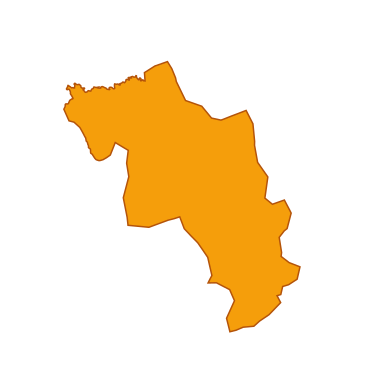 the district of Tariat, Arhangay, Mongolia, rotated 246°
{"feature_id": "93677404B47373317082591", "entity_name": "Tariat", "entity_type": "district", "adm_level": 2, "iso_a3": "MNG", "parent_name": "Mongolia", "parent_adm1": "Arhangay", "projection": "albers", "projection_center": [100.344, 48.242], "detail": "fine", "context": "isolated", "style": "filled", "palette": "amber", "viewbox_px": 384, "rotation_deg": 246, "n_neighbors": 0, "source": "geoboundaries", "source_scale": "gbopen_adm2", "svg_char_len": 5923}
<svg xmlns="http://www.w3.org/2000/svg" viewBox="0 0 384 384"><g transform="rotate(246 192 192)"><path d="M69.6,252.6L79.7,260.2L88.0,252.0L96.9,247.2L100.2,249.2L115.1,253.2L119.0,260.5L119.9,264.0L132.4,274.0L134.8,273.9L147.1,273.1L148.1,260.5L151.6,258.7L156.8,256.1L166.4,262.1L174.9,267.4L192.4,264.0L209.2,268.1L212.8,269.8L229.5,275.4L244.5,274.6L245.1,263.0L245.3,259.6L245.7,250.0L245.9,247.7L251.6,239.9L266.4,235.8L278.2,223.3L299.3,222.6L303.0,223.4L312.9,223.7L321.1,222.6L322.2,209.4L320.4,197.1L312.6,194.3L312.8,194.0L313.0,193.5L313.2,193.2L313.4,192.9L313.5,192.9L313.9,192.9L314.2,192.9L314.4,192.8L314.5,192.7L314.5,192.4L314.4,192.1L314.4,191.9L314.3,191.5L314.3,191.3L314.3,191.0L314.3,190.7L314.5,190.4L314.8,190.5L314.8,190.9L314.9,191.0L315.0,191.1L315.4,191.0L315.5,191.0L315.7,191.3L315.8,191.4L316.0,191.4L316.5,191.3L316.8,191.2L317.1,191.1L317.3,190.9L317.4,190.7L317.3,190.3L317.1,190.2L316.9,190.0L316.5,189.7L316.3,189.5L316.2,189.4L316.1,189.2L316.3,188.8L316.6,188.6L316.8,188.6L317.2,188.5L317.5,188.5L317.9,188.3L318.2,188.2L318.6,188.1L319.1,188.0L319.6,188.0L320.0,188.2L320.2,188.3L320.6,188.5L320.8,188.5L321.0,188.3L321.1,188.1L320.9,187.8L320.7,187.6L320.3,187.3L320.1,187.1L320.3,186.7L320.3,186.3L320.5,185.9L320.7,185.5L321.0,185.2L321.3,185.1L321.5,185.0L321.7,184.8L321.8,184.5L321.8,184.0L321.9,183.8L321.9,183.6L322.0,183.3L322.0,183.1L321.8,183.0L321.7,183.0L321.3,182.9L320.9,182.9L321.0,182.5L321.1,182.3L321.4,182.1L321.6,181.9L321.8,181.8L322.0,181.5L322.3,181.2L322.4,180.5L322.4,180.3L322.1,180.2L321.9,180.2L321.6,180.3L321.2,180.4L320.9,180.6L320.6,180.5L320.1,180.4L319.8,180.1L320.1,179.7L320.3,179.5L320.8,179.2L321.0,179.0L321.3,178.6L321.4,178.1L321.5,177.8L321.4,177.5L321.3,177.3L321.0,177.1L320.5,176.9L320.3,176.7L320.2,176.6L320.0,176.1L319.7,175.8L319.5,175.4L319.4,175.2L319.3,174.8L319.5,174.6L319.7,174.4L319.9,174.2L320.2,174.1L320.4,173.9L320.5,173.6L320.6,173.4L320.5,173.1L320.3,172.8L320.2,172.3L320.1,171.8L320.1,171.5L320.2,171.1L320.3,170.7L320.3,170.3L320.3,170.1L320.2,170.0L320.0,169.9L319.7,170.0L319.4,170.1L319.1,170.0L319.1,169.8L319.2,169.4L319.3,169.2L319.5,169.0L319.7,168.9L320.2,168.6L320.6,168.5L320.8,168.2L320.9,167.9L321.0,167.6L321.1,167.0L321.2,166.7L321.5,166.3L321.8,165.9L322.0,165.6L322.2,165.3L321.9,165.0L321.5,164.8L321.3,164.7L320.9,164.5L320.6,164.4L320.1,164.2L319.9,164.1L319.7,164.0L319.4,163.9L319.0,163.9L318.8,163.8L318.4,163.7L318.1,163.5L318.0,163.2L318.0,162.9L318.1,162.5L318.4,162.2L318.9,161.8L319.5,161.6L320.0,161.3L320.2,161.2L320.4,160.9L320.6,160.6L320.9,160.1L321.0,159.8L321.0,159.4L321.0,159.0L320.8,158.7L320.5,158.5L320.2,158.4L319.8,158.5L319.4,158.6L319.2,158.6L319.1,158.3L319.2,158.0L319.5,157.6L319.8,157.2L320.1,156.7L320.3,156.4L320.5,156.2L320.8,156.0L321.1,155.9L321.3,155.9L321.5,155.8L321.9,155.7L322.3,155.3L322.5,155.0L322.7,154.9L322.9,154.7L323.2,154.4L323.6,154.1L324.1,153.7L324.4,153.4L324.7,153.1L324.9,152.7L324.9,152.2L324.9,151.7L324.7,151.0L324.6,150.6L324.2,150.7L324.2,150.2L324.5,149.8L324.8,149.2L325.4,148.3L325.9,149.2L326.3,147.4L326.8,146.4L327.5,145.7L327.8,144.9L327.6,144.6L327.0,144.3L326.7,143.7L326.8,142.4L326.0,141.2L325.4,140.7L325.5,140.2L325.9,139.6L326.5,139.0L326.7,138.6L326.7,138.1L326.5,137.8L326.4,137.6L326.2,137.2L326.2,136.5L326.2,136.0L326.2,135.6L326.4,135.3L326.5,135.1L327.1,134.8L327.4,134.8L327.8,134.7L328.7,134.4L329.4,134.1L329.8,134.1L330.1,134.3L330.1,134.7L330.1,135.0L329.9,135.3L329.9,135.5L330.2,135.9L330.5,136.0L330.8,135.9L331.0,135.5L331.2,135.0L331.4,134.3L331.8,133.8L332.1,133.5L332.5,133.3L332.9,133.2L333.3,133.3L333.8,133.5L334.2,133.6L334.8,133.4L335.3,133.1L335.6,133.0L335.9,132.9L336.2,132.7L336.4,132.5L336.4,132.0L336.4,131.7L336.5,131.5L336.8,130.7L337.5,130.1L338.1,129.7L338.7,129.5L339.0,129.0L338.9,128.6L338.7,128.4L338.3,128.4L338.1,128.2L338.0,128.3L337.8,128.4L337.6,128.5L337.3,128.4L336.7,128.1L336.1,127.8L335.7,127.4L335.3,127.1L334.9,127.0L335.0,126.5L335.3,126.1L335.6,125.8L335.9,125.4L336.0,124.8L336.3,124.2L336.6,124.1L337.2,123.8L337.5,123.7L337.8,123.4L338.2,123.2L338.6,122.9L338.9,122.7L339.3,122.6L339.5,122.5L339.8,122.0L339.6,121.8L339.3,121.6L339.0,121.6L338.9,121.6L338.8,121.2L338.2,120.4L337.9,120.2L337.6,119.6L337.3,119.3L336.9,119.2L336.6,119.3L336.4,119.4L336.3,119.6L336.1,120.0L336.1,120.4L336.1,120.8L336.0,121.1L335.8,121.4L335.5,121.6L335.0,121.7L334.6,121.7L334.0,121.7L333.0,121.6L332.0,121.3L331.3,120.9L330.4,120.9L329.3,121.2L326.2,121.4L325.8,121.3L325.7,121.1L325.6,120.7L325.9,120.2L325.8,119.6L325.7,119.0L325.6,118.1L325.2,117.3L324.8,116.9L324.2,116.2L323.6,115.6L323.2,115.2L323.0,114.8L323.0,114.4L323.1,114.2L323.2,113.8L323.4,113.5L323.5,113.2L323.7,112.8L323.8,112.3L323.5,111.8L323.0,111.6L322.5,111.3L322.1,111.1L321.6,110.8L320.9,110.0L320.2,109.1L319.7,108.6L307.0,108.6L303.8,112.6L298.6,114.9L296.8,115.7L296.5,115.8L292.5,116.2L288.6,116.5L285.9,116.6L285.5,116.7L285.1,116.9L284.7,116.8L283.5,116.6L282.1,116.2L281.4,116.1L281.0,116.3L280.2,116.6L279.9,116.6L279.4,116.5L278.7,116.4L277.6,116.2L277.1,116.3L276.5,116.2L275.9,116.1L275.6,116.0L275.4,115.8L275.1,115.6L274.9,115.6L274.5,115.6L274.1,115.8L273.5,116.0L273.3,116.3L272.8,116.5L272.4,116.6L271.0,116.1L270.1,115.7L269.2,115.4L268.7,115.3L268.4,115.4L268.1,115.6L267.1,116.2L264.3,116.6L262.5,116.9L260.9,117.4L260.4,117.7L259.8,118.3L259.0,119.2L258.5,119.8L258.1,120.9L257.7,123.9L258.1,127.8L259.0,132.4L268.4,142.0L256.0,150.7L244.9,144.0L231.7,140.5L214.7,126.9L195.4,122.5L187.6,120.0L177.3,138.3L176.0,158.5L174.9,164.9L174.3,170.7L161.6,170.0L152.7,173.1L143.3,176.6L139.0,177.4L134.9,178.2L125.9,179.8L107.6,176.2L105.6,173.6L102.4,169.7L99.1,177.4L87.5,186.7L75.4,186.6L62.6,172.2L48.9,169.8L47.8,176.0L47.7,183.7L44.2,193.9L46.6,201.2L48.6,212.5L54.9,228.0L62.7,227.5L62.2,231.4L68.8,236.4L68.0,242.6L69.6,252.6Z" fill="#f59e0b" stroke="#b45309" stroke-width="1.5"/></g></svg>